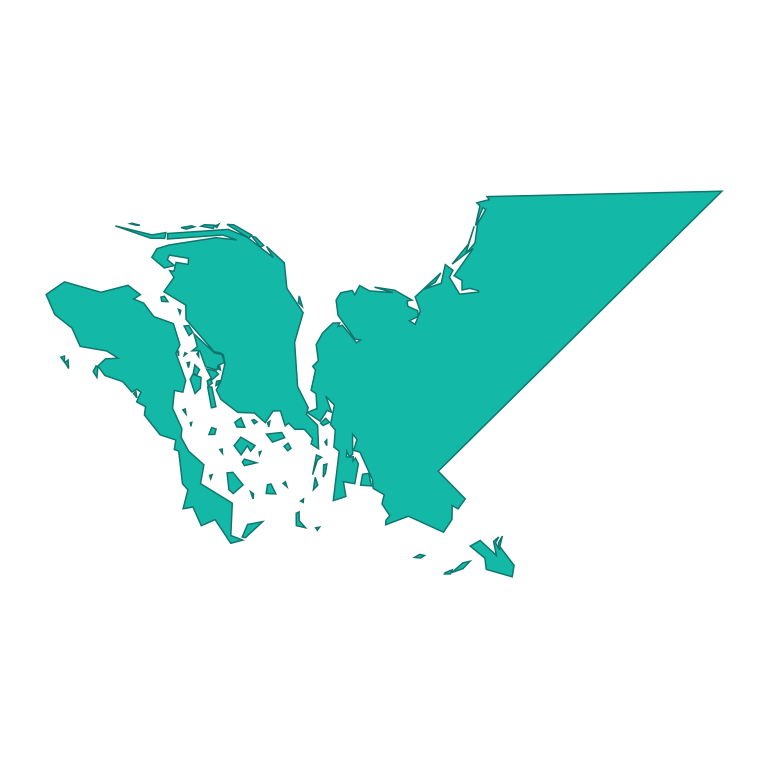 outline of West New Georgia-Vonavona, Western, Solomon Islands
{"feature_id": "97153195B60589272182469", "entity_name": "West New Georgia-Vonavona", "entity_type": "district", "adm_level": 2, "iso_a3": "SLB", "parent_name": "Solomon Islands", "parent_adm1": "Western", "projection": "natural_earth1", "projection_center": [157.168, -8.247], "detail": "fine", "context": "isolated", "style": "filled", "palette": "teal", "viewbox_px": 768, "rotation_deg": 0, "n_neighbors": 0, "source": "geoboundaries", "source_scale": "gbopen_adm2", "svg_char_len": 6174}
<svg xmlns="http://www.w3.org/2000/svg" viewBox="0 0 768 768"><path d="M721.9,191.2L487.0,196.6L489.3,199.6L476.8,202.8L479.9,205.9L475.5,225.6L482.9,207.7L485.7,209.5L477.5,223.8L475.0,242.9L466.2,253.4L473.3,248.4L454.1,275.8L462.0,280.4L462.0,290.0L469.7,288.4L478.2,290.5L478.7,292.0L459.6,294.2L449.4,277.2L453.0,270.3L445.3,264.6L441.2,283.3L424.0,289.2L435.2,282.3L440.8,272.9L415.2,296.8L420.3,311.0L415.1,324.4L409.4,320.8L418.2,316.3L417.7,310.7L407.8,306.3L407.1,301.0L412.0,300.1L394.6,290.2L374.5,287.2L393.0,292.6L369.6,290.9L359.6,285.6L354.7,294.8L352.2,290.4L340.7,292.8L336.1,300.1L338.0,315.1L354.9,339.0L360.5,340.1L356.6,342.8L342.3,325.2L338.0,326.5L339.7,322.9L332.9,323.1L322.7,332.9L316.2,344.5L318.3,360.7L312.7,366.4L315.5,369.9L311.1,390.4L316.0,393.6L317.0,408.5L307.2,412.5L320.2,421.2L327.1,410.4L331.5,412.2L325.8,396.2L334.4,405.2L330.5,424.5L335.3,430.0L333.9,447.1L339.2,451.2L333.3,500.6L345.9,496.5L343.4,481.7L354.8,483.7L358.4,463.9L355.4,458.1L353.1,461.1L353.2,456.8L347.5,457.1L346.5,456.4L346.8,451.3L349.4,456.7L352.6,454.4L352.6,434.1L357.0,439.3L353.7,450.4L360.0,452.2L372.3,479.2L373.2,488.4L384.2,494.7L382.0,503.9L389.8,515.7L386.0,520.2L385.6,524.8L408.4,516.2L443.5,532.2L452.0,519.4L452.2,505.5L458.0,508.9L465.3,498.9L438.2,471.2L721.9,191.2ZM318.6,448.8L317.6,425.3L306.4,414.3L308.2,407.6L297.6,386.6L294.6,342.4L303.1,312.7L286.9,288.4L284.3,262.8L266.5,246.5L273.3,257.6L247.0,237.1L228.2,229.4L167.7,233.5L167.5,239.0L222.7,235.0L236.7,239.9L216.0,237.7L169.0,245.0L156.9,248.7L151.8,257.3L164.4,268.0L174.4,265.5L167.3,259.7L169.3,255.1L188.5,258.3L188.2,264.4L176.1,262.4L173.9,271.3L169.7,270.6L174.0,277.4L163.9,291.7L185.8,305.1L186.0,319.4L214.2,351.7L220.5,352.9L223.3,354.9L225.0,363.4L220.8,381.6L216.3,390.0L221.0,399.5L237.8,412.4L254.4,413.0L265.3,422.7L273.0,411.1L280.4,410.8L285.2,425.9L288.6,423.1L294.8,429.3L304.5,429.3L312.5,438.6L311.1,443.9L318.6,448.8ZM242.7,540.1L230.8,535.5L232.3,503.2L200.5,483.6L203.9,464.8L188.6,451.1L181.0,437.1L181.9,428.7L172.6,408.3L174.4,390.5L182.9,392.1L185.7,380.4L175.9,353.2L179.9,344.8L173.4,323.6L153.8,316.6L143.7,303.1L133.7,299.0L140.4,294.7L128.0,285.3L100.9,292.3L64.5,281.9L46.1,294.5L54.8,314.5L72.0,328.1L80.2,346.4L106.8,351.0L118.2,358.2L105.4,358.9L97.9,366.0L104.9,375.5L122.7,381.6L132.0,392.1L136.7,389.1L140.9,392.2L136.6,401.9L145.5,406.6L144.4,415.0L160.1,434.8L175.8,440.0L174.3,449.5L178.7,451.1L182.5,483.8L187.9,489.8L183.1,508.8L193.0,507.0L201.3,525.7L215.1,519.6L230.8,543.3L242.7,540.1ZM502.4,536.0L498.4,543.2L499.8,550.1L495.5,542.9L498.7,537.0L493.6,541.4L496.4,555.4L480.2,540.5L470.2,546.1L484.9,558.2L486.3,569.4L512.2,576.8L514.1,565.4L499.8,546.6L502.4,536.0ZM224.4,362.5L221.8,354.4L214.6,353.1L194.0,333.9L197.4,346.7L192.1,350.8L199.7,350.6L205.6,366.8L216.8,369.9L218.3,365.3L224.4,362.5ZM243.1,484.9L232.8,472.3L227.1,472.9L228.9,489.7L233.2,493.6L243.1,484.9ZM255.1,445.6L240.9,437.2L234.1,445.6L241.1,454.9L247.4,445.8L250.6,451.2L255.1,445.6ZM165.9,232.6L152.0,234.9L115.3,225.9L150.7,238.2L164.7,238.4L165.9,232.6ZM201.1,377.4L192.9,374.2L190.2,379.2L195.0,393.5L200.4,388.2L201.1,377.4ZM284.7,437.7L281.7,432.5L266.5,434.1L272.5,442.1L284.7,437.7ZM371.4,485.9L368.8,473.3L362.6,474.3L360.6,485.2L371.4,485.9ZM262.7,521.6L247.6,524.5L242.2,537.0L245.4,537.7L262.7,521.6ZM465.8,253.6L474.2,226.3L468.4,244.1L452.1,264.1L465.8,253.6ZM251.7,235.1L233.8,224.8L227.0,224.4L248.9,238.0L251.7,235.1ZM215.9,406.7L211.8,387.0L207.7,387.1L211.4,407.8L215.9,406.7ZM275.8,493.9L271.0,484.0L267.5,484.7L266.2,493.5L275.8,493.9ZM218.5,374.2L215.7,371.1L206.6,369.0L212.1,379.7L218.5,374.2ZM305.4,527.7L299.2,520.6L299.1,511.9L296.2,513.3L296.3,525.6L305.4,527.7ZM244.9,427.3L240.9,417.8L234.8,422.3L236.9,427.0L244.9,427.3ZM470.0,561.2L462.8,562.9L451.7,572.6L463.0,568.6L470.0,561.2ZM263.7,245.4L255.7,237.3L251.7,236.2L260.4,247.1L263.7,245.4ZM192.8,332.2L188.8,325.5L184.1,326.0L189.1,335.5L192.8,332.2ZM199.6,369.6L194.8,365.0L193.4,373.0L196.7,375.3L199.6,369.6ZM256.5,462.8L244.4,459.1L242.3,462.1L244.5,465.6L256.5,462.8ZM216.1,429.0L211.7,427.6L208.9,434.5L214.7,434.4L216.1,429.0ZM321.5,457.3L316.5,455.0L312.6,474.7L317.4,460.2L321.5,457.3ZM326.9,464.0L323.7,464.8L323.2,477.1L325.4,473.2L326.9,464.0ZM96.9,377.4L97.8,367.4L96.1,365.9L93.2,371.5L96.9,377.4ZM291.0,448.4L288.1,443.2L284.0,446.3L287.7,450.7L291.0,448.4ZM167.9,301.7L164.4,296.3L160.9,297.1L161.7,301.3L167.9,301.7ZM317.8,485.1L315.2,477.3L313.4,489.7L317.8,485.1ZM329.5,422.4L325.8,418.3L320.6,423.2L323.1,425.5L329.5,422.4ZM214.5,225.2L204.5,224.7L201.2,226.2L213.3,228.4L214.5,225.2ZM68.6,368.5L68.1,360.0L65.0,362.4L68.6,368.5ZM212.3,383.0L210.1,378.9L207.3,380.9L208.2,386.3L212.3,383.0ZM194.5,226.8L191.5,225.8L181.2,227.6L186.2,229.1L194.5,226.8ZM424.5,555.5L419.7,554.4L414.5,557.4L420.6,558.0L424.5,555.5ZM253.1,498.9L253.6,494.0L250.6,491.7L253.1,498.9ZM64.4,362.0L64.5,356.1L60.8,357.2L64.4,362.0ZM302.3,306.4L299.6,297.1L299.1,296.7L298.4,302.6L302.3,306.4ZM220.5,370.1L219.4,364.9L218.5,369.2L220.5,370.1ZM452.2,569.8L445.2,572.7L444.4,573.9L450.5,573.9L452.2,569.8ZM222.5,453.4L222.2,449.0L219.8,449.5L222.5,453.4ZM257.2,421.9L254.0,419.5L251.9,420.3L254.3,423.8L257.2,421.9ZM186.0,414.0L185.2,408.9L182.8,409.9L186.0,414.0ZM268.8,426.9L269.9,421.2L267.5,422.8L268.8,426.9ZM326.8,445.6L326.7,439.9L324.9,441.8L326.8,445.6ZM216.8,227.5L218.8,224.2L214.7,226.3L216.8,227.5ZM210.7,478.8L212.2,474.6L209.6,475.4L210.7,478.8ZM220.0,380.6L216.6,381.2L215.9,385.6L217.4,384.9L220.0,380.6ZM136.9,397.8L135.9,391.6L133.6,393.5L136.9,397.8ZM178.7,355.9L178.5,351.2L177.3,351.1L178.7,355.9ZM188.5,367.6L189.6,362.3L187.1,362.7L188.5,367.6ZM287.0,486.8L285.4,481.8L283.1,483.4L287.0,486.8ZM179.9,313.7L180.8,310.4L178.4,309.3L179.9,313.7ZM190.9,426.3L191.8,422.3L190.3,422.8L190.9,426.3ZM184.1,355.6L186.7,353.6L185.0,352.7L184.1,355.6ZM198.7,356.6L198.4,351.9L196.9,354.0L198.7,356.6ZM317.3,530.3L319.6,527.1L315.7,527.8L317.3,530.3ZM303.2,502.4L303.5,499.0L300.7,501.1L303.2,502.4ZM259.5,454.9L261.0,451.4L259.1,452.0L259.5,454.9ZM139.8,225.2L131.7,223.2L130.1,223.7L136.4,225.3L139.8,225.2Z" fill="#14b8a6" stroke="#0f766e" stroke-width="1.5"/></svg>